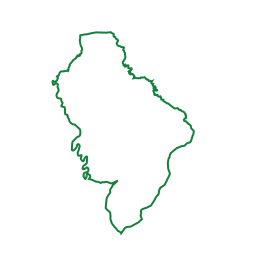 outline of Tarnova, Caras-Severin, Romania, rotated 77°
{"feature_id": "2599482B16006768624412", "entity_name": "Tarnova", "entity_type": "district", "adm_level": 2, "iso_a3": "ROU", "parent_name": "Romania", "parent_adm1": "Caras-Severin", "projection": "natural_earth1", "projection_center": [21.989, 45.335], "detail": "fine", "context": "isolated", "style": "outline", "palette": "green", "viewbox_px": 256, "rotation_deg": 77, "n_neighbors": 0, "source": "geoboundaries", "source_scale": "gbopen_adm2", "svg_char_len": 5737}
<svg xmlns="http://www.w3.org/2000/svg" viewBox="0 0 256 256"><g transform="rotate(77 128 128)"><path d="M220.0,135.0L216.3,135.5L214.1,134.4L213.4,134.2L212.3,134.2L211.0,133.6L210.3,132.3L209.8,127.6L208.7,123.0L205.0,119.2L200.9,115.5L200.0,113.9L199.0,112.9L195.6,111.6L193.5,109.9L191.7,105.1L184.3,99.1L182.1,97.5L180.2,97.5L178.0,97.9L175.7,97.9L170.5,96.9L166.9,95.3L165.6,94.0L163.9,93.4L162.2,92.1L161.2,90.3L158.6,85.1L157.8,80.0L158.0,76.9L156.4,74.4L156.0,72.6L156.0,70.8L154.8,69.5L150.1,66.8L148.7,65.7L147.1,65.0L145.4,64.7L142.7,66.4L139.8,66.4L138.3,67.3L137.5,68.4L136.7,68.6L136.1,69.0L135.7,69.5L134.6,70.0L133.8,71.4L133.5,71.7L132.6,71.7L131.9,71.0L131.5,70.2L131.5,69.4L131.2,69.1L130.9,69.3L130.5,69.3L130.1,69.0L129.1,68.7L128.6,69.1L127.6,68.7L127.0,69.3L126.3,69.3L125.2,69.8L124.4,70.6L123.9,71.6L123.5,72.0L122.2,72.6L122.1,73.8L119.8,75.3L119.5,78.3L113.0,83.5L112.9,84.1L112.7,84.6L111.8,85.2L109.6,87.5L108.8,87.6L108.4,87.3L108.0,88.7L107.8,89.1L106.9,89.2L105.6,88.8L104.9,89.6L104.4,89.6L104.5,90.6L104.4,90.9L104.0,91.4L103.2,91.9L102.4,91.9L102.4,93.0L102.0,93.6L102.0,93.8L101.8,94.4L101.0,94.1L100.8,94.2L101.2,94.6L100.8,94.8L99.8,94.7L98.5,94.7L97.6,95.0L97.2,94.9L97.1,94.6L97.0,93.0L97.5,92.8L97.7,92.5L98.1,92.0L97.9,91.2L97.4,91.1L96.7,91.9L96.8,92.6L96.6,93.1L96.0,93.1L95.9,93.3L95.8,93.7L94.8,94.2L94.5,93.9L94.3,93.5L94.5,93.0L94.7,92.9L95.0,93.0L95.3,92.5L95.3,92.4L94.9,91.9L94.3,92.0L94.2,92.2L93.7,92.6L93.3,92.6L92.9,93.8L92.4,94.2L91.7,94.3L90.6,93.5L90.0,94.9L89.0,95.1L88.3,94.6L87.8,94.1L87.9,94.6L87.4,95.0L87.3,96.4L87.0,97.0L86.5,97.2L85.9,97.1L85.6,97.5L85.3,98.4L84.7,98.6L84.3,99.4L83.3,99.8L82.7,100.3L82.2,100.5L82.3,101.0L82.2,102.4L81.7,103.6L81.7,104.1L82.2,104.8L82.2,105.4L81.9,106.2L81.7,107.3L80.9,109.8L80.8,111.4L79.5,110.3L79.1,110.5L78.9,110.1L78.2,110.3L77.6,110.8L76.9,111.1L76.3,111.6L76.5,112.3L76.4,113.3L75.8,113.8L75.3,114.5L74.9,114.5L74.8,113.2L74.5,113.2L74.5,113.7L74.0,114.0L74.1,114.5L73.9,114.5L73.7,114.0L73.4,114.1L73.5,114.4L73.0,114.6L72.6,113.3L72.6,113.2L73.0,113.0L72.5,112.7L72.4,112.5L72.4,112.1L71.7,111.3L70.8,111.1L70.5,111.4L70.3,112.9L70.1,113.6L69.6,114.2L69.0,114.1L67.3,113.5L67.1,113.6L66.8,115.1L67.2,115.5L66.1,116.2L66.9,116.6L67.5,116.5L67.6,117.1L65.8,117.8L65.8,118.2L65.7,118.2L64.8,118.1L63.6,118.5L62.5,118.2L61.8,117.3L60.4,116.1L59.8,115.2L59.2,114.8L57.4,114.5L55.6,114.4L54.4,114.0L53.7,114.4L51.7,114.5L51.1,115.0L50.6,115.1L48.9,113.8L48.6,113.9L48.0,114.6L47.7,116.1L47.2,116.8L46.6,117.2L46.1,118.5L45.4,119.3L44.9,119.6L43.5,120.0L43.1,120.0L42.2,119.6L40.9,118.2L40.5,118.0L39.8,118.2L37.9,119.9L36.7,119.9L36.3,120.3L35.9,121.1L35.6,121.3L35.1,121.4L33.4,120.7L33.0,120.9L32.8,121.1L32.5,121.7L31.5,122.8L30.8,123.2L30.7,124.3L30.5,125.1L30.3,126.8L30.2,128.4L29.6,129.7L29.5,130.8L28.9,132.5L27.7,137.6L27.5,139.3L27.4,144.5L27.5,146.0L27.1,149.4L27.0,153.7L29.7,154.4L31.9,155.3L35.8,155.6L37.7,155.4L39.6,154.9L40.5,154.8L41.6,155.2L42.5,156.1L44.5,156.4L45.1,157.2L45.1,158.0L45.9,158.6L46.5,158.5L46.8,158.8L46.8,159.1L46.1,159.3L46.0,160.2L46.4,160.1L46.9,160.7L46.4,161.0L46.7,161.6L46.7,161.9L47.7,162.4L48.1,162.8L49.5,166.0L51.3,168.2L52.9,170.4L53.2,170.7L54.2,170.7L55.9,172.3L57.7,173.0L58.2,173.0L58.6,173.3L58.0,173.5L58.6,173.9L58.3,174.2L58.5,175.1L58.2,178.7L57.9,180.1L58.0,181.0L58.7,182.0L59.7,182.8L61.2,183.7L61.4,184.2L61.4,185.1L61.8,185.5L62.0,185.7L62.3,185.2L62.7,185.0L63.6,185.1L64.7,185.8L65.5,186.4L66.3,187.7L66.5,188.3L66.4,189.2L66.1,189.7L65.2,190.3L65.2,190.6L65.7,191.1L68.5,191.3L69.1,191.1L69.2,190.6L68.3,188.6L68.2,187.9L68.5,187.4L69.4,186.7L69.8,186.6L71.8,187.3L72.8,187.4L74.5,187.0L75.6,187.1L77.0,187.9L78.1,189.2L79.0,189.8L79.9,190.3L81.0,190.4L82.3,190.2L82.9,189.7L83.5,188.8L84.1,187.1L84.6,186.6L86.8,186.8L88.8,186.1L89.2,186.2L91.2,187.8L91.8,188.0L92.1,187.8L93.4,185.3L93.7,185.0L95.3,185.1L97.5,185.7L100.1,186.1L100.7,185.7L101.5,184.3L102.0,184.0L102.5,184.0L103.4,184.3L104.0,184.3L106.1,183.5L108.5,183.5L110.1,182.7L111.8,181.3L112.4,179.6L113.1,178.8L117.6,175.7L118.4,175.2L119.0,175.1L119.8,175.1L122.8,175.7L123.9,176.2L124.5,176.6L124.8,177.0L125.2,177.8L125.3,179.0L125.8,180.4L128.9,185.1L129.6,185.5L136.3,187.6L136.9,187.5L137.3,187.2L137.6,186.6L137.6,186.2L137.4,185.5L135.5,182.7L132.9,181.2L132.5,180.4L132.6,179.9L133.7,179.2L134.4,179.1L135.0,179.2L139.1,181.4L140.4,182.4L141.6,182.8L142.6,182.8L143.5,182.7L144.0,182.1L144.1,181.7L143.9,180.0L144.1,179.5L144.3,179.4L144.8,179.5L146.2,180.5L147.2,180.9L147.6,180.9L149.9,179.9L150.3,179.3L150.3,178.8L149.6,178.2L148.3,177.4L147.2,176.4L146.8,175.8L146.5,175.3L146.5,174.6L146.8,174.4L148.2,174.6L152.8,176.0L153.3,176.5L154.9,179.9L155.8,180.6L157.3,181.4L158.0,181.2L158.1,180.9L158.2,179.9L157.9,178.6L157.2,177.4L157.2,176.9L157.7,176.2L158.8,175.8L160.1,176.0L161.5,176.8L161.7,177.4L161.9,180.6L162.2,181.0L162.8,181.4L164.1,182.0L165.1,182.2L167.8,181.3L168.0,181.0L167.9,180.9L167.1,179.9L166.1,179.3L164.1,178.7L163.6,178.1L163.5,177.6L164.0,177.0L165.4,175.8L166.6,175.7L167.5,176.0L168.9,177.5L169.4,176.4L170.1,175.2L173.0,171.4L173.8,168.9L174.6,167.9L175.5,167.1L175.0,165.5L175.2,164.6L175.6,163.6L175.4,161.9L175.9,160.4L177.8,157.6L178.2,156.4L178.2,155.3L178.0,153.7L176.9,149.7L177.7,151.2L179.3,153.7L179.8,154.7L180.0,155.5L181.8,156.9L183.6,158.8L184.7,159.5L186.5,159.7L187.0,159.9L188.5,161.7L190.7,163.8L193.0,165.2L194.7,165.5L196.1,166.2L200.5,167.6L201.1,167.7L201.5,167.6L203.0,166.7L205.6,164.8L206.6,164.4L210.2,164.9L211.9,165.4L213.1,165.6L217.3,165.2L221.1,163.5L223.4,162.1L225.7,161.2L227.1,159.5L228.6,158.3L229.0,158.3L224.6,153.2L224.2,151.3L224.7,147.8L222.4,139.4L220.0,135.0Z" fill="none" stroke="#15803d" stroke-width="2"/></g></svg>